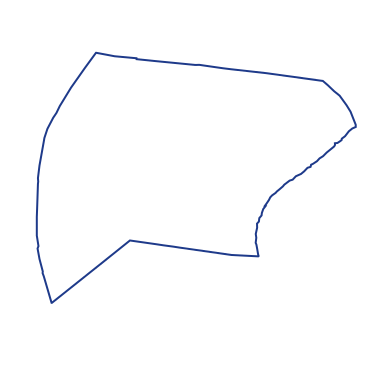 Kiang East, Lower River, Gambia (orthographic projection), rotated 97°
{"feature_id": "56634734B11412565261125", "entity_name": "Kiang East", "entity_type": "district", "adm_level": 2, "iso_a3": "GMB", "parent_name": "Gambia", "parent_adm1": "Lower River", "projection": "orthographic", "projection_center": [-15.639, 13.417], "detail": "fine", "context": "isolated", "style": "outline", "palette": "blue", "viewbox_px": 384, "rotation_deg": 97, "n_neighbors": 0, "source": "geoboundaries", "source_scale": "gbopen_adm2", "svg_char_len": 1450}
<svg xmlns="http://www.w3.org/2000/svg" viewBox="0 0 384 384"><g transform="rotate(97 192 192)"><path d="M247.7,118.3L247.4,118.1L245.8,118.8L240.4,120.4L236.3,121.7L234.7,122.6L233.4,122.6L229.6,122.6L225.9,123.6L219.5,123.0L215.4,123.6L213.2,122.0L209.7,122.0L206.8,120.1L204.3,120.1L200.2,119.2L197.0,117.3L196.9,118.0L194.2,116.5L190.4,114.6L187.8,113.7L185.6,112.1L182.7,108.9L181.2,107.9L178.9,105.7L175.4,102.5L173.5,101.3L168.8,96.5L167.5,93.6L163.7,90.8L160.8,86.0L157.7,83.1L153.9,80.3L152.6,77.4L150.4,77.1L149.4,75.5L146.2,71.7L143.1,69.5L140.5,66.3L136.4,63.1L129.4,56.4L127.8,55.8L126.2,56.1L125.6,53.6L123.1,50.7L122.1,49.8L120.8,49.8L118.0,46.9L112.6,43.7L109.4,40.6L107.5,37.4L105.3,37.7L93.0,44.4L87.0,49.2L78.4,57.2L74.6,63.3L69.6,70.0L65.8,75.7L65.8,76.7L65.8,78.0L65.0,131.7L65.0,132.8L65.0,133.6L65.4,168.5L65.4,176.0L65.3,181.5L65.0,196.1L64.9,199.9L64.9,200.1L65.5,204.3L66.5,243.6L66.9,263.2L66.0,263.4L66.7,285.4L66.4,289.8L65.5,304.2L65.6,304.3L81.9,313.4L103.2,324.8L122.8,333.7L130.1,336.2L135.2,338.8L146.9,343.2L156.4,345.1L158.9,345.2L184.3,346.6L197.0,346.6L200.5,345.9L202.7,345.9L227.4,343.7L235.6,343.0L254.3,340.7L255.3,340.4L264.4,337.8L266.9,338.4L273.9,336.2L277.1,335.2L289.1,330.4L290.7,330.4L293.8,328.8L319.1,317.9L319.1,317.6L277.2,276.5L247.7,247.7L247.7,247.1L248.2,221.0L248.4,213.7L248.5,204.0L248.7,197.4L249.7,145.2L247.8,118.4L247.7,118.3Z" fill="none" stroke="#1e3a8a" stroke-width="2"/></g></svg>